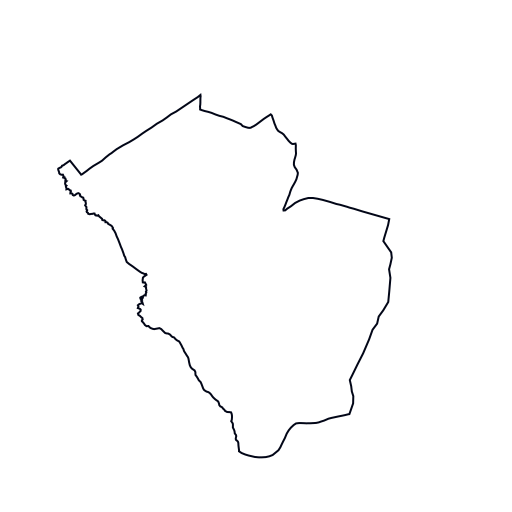 Angkor Thum, Siemréab, Cambodia (Mercator projection), rotated 146°
{"feature_id": "14789045B45657319092410", "entity_name": "Angkor Thum", "entity_type": "district", "adm_level": 2, "iso_a3": "KHM", "parent_name": "Cambodia", "parent_adm1": "Siemréab", "projection": "mercator", "projection_center": [103.881, 13.579], "detail": "fine", "context": "isolated", "style": "outline", "palette": "ink", "viewbox_px": 512, "rotation_deg": 146, "n_neighbors": 0, "source": "geoboundaries", "source_scale": "gbopen_adm2", "svg_char_len": 6002}
<svg xmlns="http://www.w3.org/2000/svg" viewBox="0 0 512 512"><g transform="rotate(146 256 256)"><path d="M124.9,212.1L142.8,233.4L148.5,240.5L151.5,243.9L153.0,245.9L154.6,247.8L157.6,251.4L160.3,254.2L162.1,256.5L164.3,259.3L166.5,261.9L169.4,265.3L172.9,269.0L176.2,272.1L180.1,274.8L184.6,276.4L188.7,277.5L193.9,278.1L199.2,277.7L203.7,277.8L206.3,277.5L207.7,278.3L207.1,279.5L204.9,280.8L202.5,282.4L200.7,283.7L198.3,285.3L196.5,286.6L194.2,288.0L191.7,290.1L190.3,291.1L188.5,292.3L186.4,293.4L184.5,294.3L181.8,295.7L179.5,297.1L178.0,298.4L176.1,300.0L174.8,301.5L174.1,304.9L174.2,308.0L173.6,310.4L172.1,312.5L170.2,314.4L168.8,315.5L166.7,317.3L165.5,318.6L164.4,320.5L162.9,322.9L161.0,325.6L160.4,327.1L161.5,327.6L162.8,328.2L163.5,329.0L164.1,330.7L164.4,332.3L164.6,333.5L164.7,335.3L165.0,338.8L165.1,341.2L165.8,343.4L166.7,345.1L167.6,347.2L167.7,349.0L167.6,350.9L167.0,353.4L166.6,355.5L165.7,358.5L165.0,361.3L164.3,363.6L164.6,365.2L166.7,365.2L169.7,365.3L173.0,365.3L178.4,365.0L182.4,364.8L185.3,364.9L187.2,365.2L188.7,365.3L190.0,366.0L191.0,366.9L192.6,368.8L194.4,371.2L194.8,373.8L195.5,374.9L196.5,376.5L197.9,378.7L199.3,381.0L201.2,383.8L203.2,386.6L205.2,389.6L208.0,392.7L210.4,395.9L212.8,399.5L215.0,402.2L217.4,404.8L219.5,407.4L220.4,408.7L219.9,409.4L219.3,410.4L218.8,411.3L217.6,412.6L216.4,414.2L215.1,416.1L213.7,418.1L212.6,419.4L212.0,420.6L215.5,420.3L221.2,420.4L225.4,420.4L229.4,420.4L236.0,420.4L241.4,420.4L247.3,421.0L252.5,420.7L257.6,420.6L264.2,421.1L270.8,420.9L277.2,421.1L281.7,421.1L287.5,420.9L291.9,421.0L297.5,421.3L304.3,422.1L311.7,422.5L315.7,422.3L318.3,422.1L320.5,422.2L325.4,421.8L330.4,421.1L333.9,421.2L340.5,421.6L345.1,421.5L348.8,421.2L352.4,421.1L354.4,421.0L355.5,421.2L355.5,422.0L356.9,439.1L358.8,439.1L360.3,439.1L361.4,439.0L362.3,439.1L363.2,439.0L364.8,438.9L366.3,439.3L367.1,438.8L368.3,438.6L369.5,438.9L371.1,439.0L371.7,438.2L372.1,436.6L372.4,435.5L372.9,434.5L372.7,433.4L371.9,432.2L370.6,431.4L370.9,429.9L371.9,429.0L370.8,428.3L371.3,427.5L370.7,426.8L371.0,425.7L372.0,425.0L371.2,424.0L372.3,423.8L373.1,423.6L373.9,422.6L374.1,421.3L373.8,420.3L374.6,420.2L375.0,419.3L375.2,418.2L375.9,417.3L374.2,416.7L373.8,415.7L373.7,414.8L373.0,414.0L373.2,413.2L374.0,412.8L374.9,411.7L373.8,411.0L373.4,410.2L373.8,409.0L373.2,408.0L372.0,407.7L371.0,407.8L369.9,407.9L368.2,407.5L367.7,406.7L367.4,405.5L368.0,404.9L368.2,403.7L367.7,403.1L367.3,401.8L366.6,401.0L367.0,399.8L367.5,399.0L367.1,397.9L366.4,397.1L367.1,396.1L367.5,395.0L368.0,394.2L369.3,393.6L369.3,392.7L369.2,391.4L369.9,390.5L370.5,389.5L370.3,388.4L371.5,387.7L371.7,386.9L371.2,385.8L371.5,384.8L370.5,383.6L369.2,383.1L367.9,382.3L367.1,382.2L366.1,381.5L366.4,380.5L366.3,379.4L365.6,379.0L365.2,378.2L363.9,378.0L363.9,376.6L362.8,372.9L363.3,371.9L362.6,370.9L361.6,370.3L361.3,369.2L361.9,368.2L361.0,367.6L360.4,366.6L360.6,365.3L359.8,363.8L359.1,362.3L358.8,361.2L358.9,359.2L359.6,358.8L359.5,357.9L359.4,356.3L359.7,353.4L360.5,350.3L361.0,347.1L362.0,342.7L362.9,339.0L363.3,336.6L364.4,332.2L365.1,329.9L365.1,328.2L365.6,326.8L366.1,325.0L366.5,323.3L365.6,320.2L364.9,318.5L363.9,315.9L362.8,312.7L361.9,310.2L361.0,307.8L360.2,306.0L359.1,304.5L358.4,303.2L357.2,302.7L357.3,301.6L358.2,301.6L360.6,301.6L361.8,301.3L363.5,299.4L364.6,297.4L364.0,296.8L362.9,296.3L363.0,295.0L363.2,293.4L365.3,293.1L364.5,291.7L365.2,290.8L365.7,289.5L366.1,288.5L367.2,288.0L367.4,287.0L368.4,286.6L368.7,285.9L369.5,285.0L370.4,285.9L371.8,285.8L373.3,285.9L373.1,284.7L373.9,284.3L374.1,286.2L375.2,286.2L375.7,285.2L375.3,283.1L376.3,282.9L376.0,281.5L376.6,279.6L377.1,280.8L379.8,281.4L381.5,281.2L381.6,280.0L383.1,278.9L382.4,278.0L381.7,276.8L381.6,276.0L382.5,274.9L383.3,274.8L385.0,274.4L386.0,274.4L386.5,272.9L385.7,271.2L385.4,269.6L384.9,268.1L385.5,266.7L386.6,266.5L387.1,265.7L386.8,264.4L386.6,262.3L386.7,261.0L386.0,259.0L384.3,258.1L384.1,256.7L383.7,255.3L382.4,253.4L381.3,252.3L380.1,251.8L378.5,251.1L376.4,250.2L375.4,248.3L375.1,246.4L374.7,244.5L374.4,243.0L373.6,242.0L372.1,240.7L371.2,238.9L370.9,236.6L370.5,235.5L369.8,234.8L369.4,234.1L369.3,232.6L368.8,230.6L368.1,229.2L367.5,228.2L367.5,226.8L367.6,225.9L367.8,223.4L368.2,221.0L368.2,219.5L368.8,217.6L368.9,215.9L368.9,214.4L369.0,212.7L369.0,210.2L369.3,208.9L370.2,206.8L370.8,205.5L371.5,203.7L372.0,202.3L372.3,200.1L372.0,198.2L370.9,195.5L371.2,193.6L372.0,192.4L372.7,191.1L372.6,189.7L372.6,188.4L372.7,186.7L372.8,185.9L372.9,185.0L372.7,183.9L372.4,182.5L372.7,180.7L373.4,177.7L373.8,176.1L374.0,174.3L373.5,172.7L372.8,171.2L371.7,169.9L371.1,168.6L370.7,166.5L370.7,164.5L370.6,162.9L370.2,161.0L369.8,159.5L369.1,157.7L368.7,156.5L369.2,154.3L369.8,153.0L369.7,151.3L369.0,150.2L368.6,149.2L368.7,148.4L368.5,147.2L368.2,146.4L368.3,145.0L367.9,144.2L367.3,143.0L366.3,142.1L365.5,141.6L364.1,140.3L364.5,138.6L365.2,137.1L366.1,135.7L367.7,133.7L368.9,132.9L368.9,131.8L368.9,130.2L369.5,129.0L370.2,128.0L371.1,126.7L371.2,125.6L371.5,123.7L372.0,122.3L372.8,120.8L372.7,118.8L373.1,117.7L373.7,117.2L375.1,115.7L375.4,114.6L375.0,113.5L374.8,112.3L375.0,111.4L375.5,110.4L376.3,109.1L377.1,107.6L377.8,106.2L378.7,104.4L379.3,103.6L378.1,100.7L375.9,97.4L373.6,94.6L372.0,92.9L369.3,90.0L366.0,87.3L363.2,85.5L360.3,83.8L357.0,82.5L353.5,81.7L349.2,82.1L346.0,82.4L342.8,83.8L340.5,85.2L337.2,87.1L333.9,88.9L329.8,91.6L326.3,93.2L323.0,94.2L319.3,94.8L316.4,94.8L313.5,93.3L310.7,91.3L307.9,89.2L305.2,87.4L301.9,85.4L299.5,84.0L297.1,83.0L294.7,82.4L291.7,81.5L289.1,81.0L286.9,80.6L283.8,79.5L282.1,78.8L279.6,77.8L277.6,77.0L273.8,75.4L271.1,74.3L268.3,73.3L267.0,72.7L265.1,74.1L257.9,79.5L253.7,85.4L252.3,90.1L249.9,94.8L247.6,100.7L243.0,103.3L232.6,109.3L221.6,115.4L208.9,123.6L200.6,129.7L193.4,132.2L188.1,137.2L180.9,139.8L172.1,143.9L165.5,151.9L156.8,162.7L153.1,170.6L149.3,173.9L144.4,178.6L141.9,183.4L142.1,197.1L139.5,199.4L129.2,207.8L124.9,212.1Z" fill="none" stroke="#020617" stroke-width="2"/></g></svg>